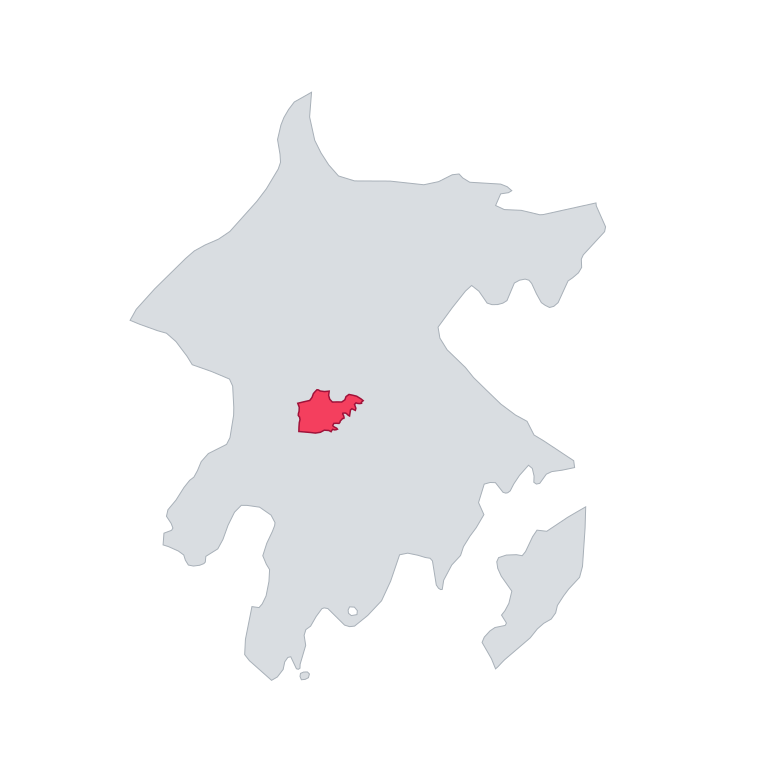 Ağdaş highlighted on a map of Azerbaijan, rotated 260°
{"feature_id": "AZE-1692", "entity_name": "Ağdaş", "entity_type": "District", "adm_level": 1, "iso_a3": "AZE", "parent_name": "Azerbaijan", "parent_adm1": "", "projection": "equal_earth", "projection_center": [47.384, 40.544], "detail": "fine", "context": "in_parent", "style": "filled", "palette": "rose", "viewbox_px": 768, "rotation_deg": 260, "n_neighbors": 0, "source": "natural_earth", "source_scale": "10m", "svg_char_len": 4370}
<svg xmlns="http://www.w3.org/2000/svg" viewBox="0 0 768 768"><g transform="rotate(260 384 384)"><path d="M525.5,624.2L522.5,624.0L500.3,629.5L495.7,627.7L476.6,602.7L472.7,600.0L464.5,598.9L459.7,594.8L455.8,588.1L453.5,583.1L433.9,569.6L431.0,564.7L430.6,560.3L433.5,556.4L436.8,553.1L446.3,549.8L457.4,546.9L461.0,544.8L462.8,541.2L462.7,535.5L460.8,529.9L444.8,519.6L443.0,515.2L442.5,509.7L443.4,504.1L445.8,499.6L458.9,493.6L465.8,487.4L461.4,480.4L447.3,464.5L430.6,447.1L419.5,447.0L406.7,452.1L386.2,467.0L374.8,473.3L360.0,483.9L343.9,495.6L330.6,508.1L322.4,518.4L307.7,522.9L300.2,531.5L275.5,557.5L268.6,557.2L268.2,544.3L268.6,534.1L267.0,528.2L259.1,520.1L259.0,516.7L261.2,514.5L267.3,515.8L275.1,515.4L278.9,512.2L270.5,501.6L263.1,494.5L256.8,489.7L255.4,486.9L255.4,484.9L256.7,482.4L267.5,476.6L268.6,471.3L268.0,465.3L250.8,456.5L238.0,459.7L226.5,449.9L219.2,442.2L210.0,434.0L201.8,429.6L194.0,419.3L180.4,408.7L171.6,405.7L171.7,404.1L173.4,402.2L177.0,400.6L201.4,401.0L204.4,399.1L206.0,394.5L209.4,387.8L213.3,378.0L213.1,369.7L188.7,356.3L171.0,344.0L158.9,327.8L150.7,313.0L151.0,308.0L153.4,303.3L172.6,289.7L173.9,286.2L173.5,283.8L166.8,276.8L158.3,269.7L155.7,264.4L150.4,261.7L140.2,261.5L122.5,252.7L118.7,251.9L117.9,250.1L118.8,248.3L131.6,244.8L131.4,241.8L127.6,238.0L120.4,235.1L114.0,228.1L111.7,221.8L134.9,203.4L141.7,199.8L156.6,203.2L187.7,215.3L185.5,222.1L188.6,225.9L195.8,231.1L209.5,236.4L221.1,239.1L227.0,236.8L235.9,234.8L247.5,240.9L258.2,248.5L263.5,251.7L266.4,252.6L274.5,250.0L284.3,240.1L288.2,228.2L289.3,222.4L283.7,214.5L272.0,205.9L258.9,198.4L250.5,191.7L245.2,178.6L239.7,177.1L238.4,175.4L237.5,171.0L237.8,164.7L239.7,159.9L245.0,157.8L250.4,157.1L255.2,152.5L261.3,143.5L263.9,138.5L275.3,141.4L276.8,149.4L278.8,151.1L283.6,150.2L291.5,146.8L297.7,149.4L305.8,159.0L316.9,169.1L322.9,175.9L325.3,180.6L331.0,185.2L339.3,190.5L346.0,198.9L351.9,218.5L357.9,223.0L379.4,230.5L387.0,232.0L408.2,234.6L415.7,232.7L426.5,215.9L436.3,198.5L445.4,194.9L461.9,186.5L471.8,178.6L475.9,170.1L485.1,154.0L490.8,145.0L500.6,153.0L517.6,174.8L542.0,210.3L548.0,220.3L552.0,232.0L555.4,246.2L561.0,258.7L585.9,290.4L596.6,302.0L614.1,317.2L620.3,320.6L628.4,321.5L643.2,321.6L657.0,327.5L663.8,331.7L670.9,337.7L677.3,344.6L683.9,363.3L659.9,357.1L636.0,358.1L622.5,362.1L609.4,367.6L596.8,375.3L589.1,390.3L582.8,425.1L573.3,457.8L573.8,472.9L578.2,487.5L577.8,494.4L573.3,497.3L567.8,503.5L560.6,533.6L556.9,539.6L552.2,543.4L550.8,539.8L551.0,531.9L540.4,524.9L534.9,532.7L531.2,549.3L523.6,566.8L523.2,570.1L525.5,624.2ZM169.4,316.1L170.5,311.4L167.6,309.4L164.4,309.2L161.6,311.6L161.6,317.3L165.4,318.4L169.4,316.1ZM89.3,451.8L85.7,447.0L84.1,444.4L94.8,442.1L112.5,435.7L117.3,438.8L122.4,445.4L124.9,451.0L125.2,461.4L127.3,463.1L136.0,459.6L139.8,463.8L146.3,468.9L157.8,473.9L174.4,466.1L182.7,464.0L189.4,464.2L193.1,466.7L194.3,474.8L192.9,484.8L190.9,490.3L194.4,494.3L207.9,503.9L213.5,509.3L210.7,518.7L220.7,541.4L224.0,550.3L228.0,561.3L207.2,557.0L169.9,547.8L159.6,543.0L150.0,530.3L144.3,524.2L135.8,516.3L128.8,513.3L123.5,507.9L120.6,499.8L116.2,492.5L108.6,483.9L91.5,454.9L89.3,451.8ZM113.7,258.6L111.4,260.2L107.9,258.6L106.8,255.1L107.1,251.3L110.6,250.5L113.5,251.5L114.3,254.9L113.7,258.6Z" fill="#d9dde1" stroke="#a8b0b8" stroke-width="1"/><path d="M379.8,347.7L378.3,351.5L376.7,355.0L373.3,358.8L371.2,360.6L370.5,359.4L369.4,358.2L368.9,358.4L368.9,356.9L369.2,355.6L369.6,354.3L370.3,353.2L369.0,351.4L365.0,352.1L363.0,351.2L365.2,348.1L364.3,346.5L358.5,344.5L359.4,343.4L361.6,341.7L362.2,340.6L362.4,338.4L361.6,338.1L360.4,338.6L359.1,338.8L357.5,338.8L357.1,338.5L357.2,337.1L356.8,336.8L356.4,336.3L355.8,335.4L355.0,334.4L353.8,333.9L353.0,332.8L353.6,330.3L353.9,327.7L352.0,326.3L351.2,326.7L350.2,327.7L348.7,329.7L347.6,330.3L347.3,329.0L347.4,327.2L348.3,325.6L347.1,324.3L346.2,323.6L347.8,321.6L348.9,317.2L347.5,313.0L347.6,307.9L349.0,303.2L350.5,297.6L352.0,291.9L356.4,292.8L360.8,293.9L363.5,295.1L366.1,295.1L366.9,294.6L368.0,294.1L369.9,294.6L371.8,295.6L375.8,296.5L380.0,295.7L380.4,301.8L380.7,308.0L383.3,310.8L386.8,312.8L388.5,314.9L390.0,317.0L389.5,318.5L388.2,319.9L386.9,324.1L386.5,328.8L382.4,327.5L378.4,327.9L375.2,330.0L374.4,335.1L373.6,339.2L375.2,342.7L378.2,344.4L379.8,347.7Z" fill="#f43f5e" stroke="#9f1239" stroke-width="1.5"/></g></svg>